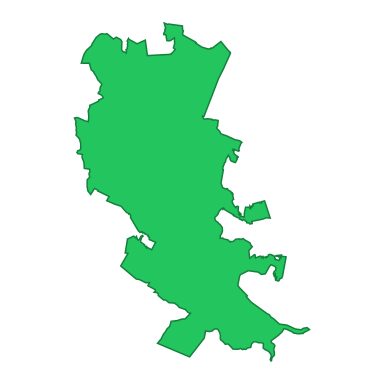 the district of Ciucurova, Tulcea, Romania
{"feature_id": "2599482B74184137454330", "entity_name": "Ciucurova", "entity_type": "district", "adm_level": 2, "iso_a3": "ROU", "parent_name": "Romania", "parent_adm1": "Tulcea", "projection": "natural_earth1", "projection_center": [28.471, 44.915], "detail": "fine", "context": "isolated", "style": "filled", "palette": "green", "viewbox_px": 384, "rotation_deg": 0, "n_neighbors": 0, "source": "geoboundaries", "source_scale": "gbopen_adm2", "svg_char_len": 5987}
<svg xmlns="http://www.w3.org/2000/svg" viewBox="0 0 384 384"><path d="M91.2,69.8L93.8,71.9L93.9,72.8L96.3,76.4L97.8,79.8L101.7,84.0L101.5,85.4L100.6,86.2L100.0,88.7L100.1,90.8L98.6,92.2L98.2,93.5L101.5,95.1L102.9,96.8L103.1,98.0L98.6,100.1L98.7,101.2L89.7,105.4L89.9,106.9L88.2,110.8L88.8,116.7L88.3,121.6L85.3,121.0L78.1,117.8L76.6,117.5L74.5,118.0L76.0,121.5L75.7,124.0L76.4,128.0L76.1,130.2L76.6,132.8L76.0,135.0L79.4,138.9L80.7,143.5L80.7,148.7L79.8,150.1L77.7,150.8L76.9,152.5L77.8,153.7L82.4,154.4L82.0,157.5L83.9,162.0L84.3,168.4L89.6,169.2L89.8,171.8L89.0,173.5L89.6,177.3L87.2,179.7L87.1,186.6L87.9,190.9L90.7,194.5L94.6,188.4L98.1,190.4L97.8,191.0L109.1,196.5L106.7,200.7L114.8,204.2L121.0,206.2L126.7,212.6L128.4,213.2L129.0,214.3L129.6,213.9L130.7,215.5L130.5,217.6L138.3,230.8L140.1,232.5L141.9,231.6L142.3,232.0L141.9,232.3L142.8,233.0L143.6,232.6L144.4,233.1L144.4,233.7L146.6,234.5L148.4,235.8L148.1,236.6L149.4,237.6L149.2,239.5L155.6,242.3L151.7,249.7L147.3,247.5L146.6,246.4L146.2,246.8L146.3,247.6L144.3,245.3L144.6,244.8L140.8,242.1L140.6,240.6L141.4,238.6L141.2,237.9L143.1,236.1L142.3,235.4L141.1,236.2L139.4,239.2L138.4,240.2L137.4,239.3L136.5,236.5L135.7,237.8L133.7,236.1L127.5,239.0L125.2,253.0L128.0,253.3L120.7,266.0L136.2,279.0L139.5,279.6L145.7,282.7L149.5,282.7L147.9,285.7L155.1,289.6L155.6,290.7L154.1,292.2L157.3,292.8L158.4,294.3L158.2,295.5L163.7,300.1L165.6,299.9L168.9,302.7L174.4,303.1L177.5,305.3L179.2,307.4L185.5,309.6L188.1,312.6L190.5,313.3L185.1,318.9L181.7,319.1L177.2,320.6L171.1,321.3L169.8,326.2L166.9,329.0L165.7,331.4L163.5,334.1L161.3,338.7L157.5,343.3L189.6,356.9L204.2,338.2L205.6,330.9L209.3,331.6L212.1,331.0L214.5,329.0L216.5,328.9L218.0,329.5L219.8,332.8L220.4,335.6L220.3,338.8L220.6,339.8L223.2,341.8L225.3,344.3L227.7,343.9L229.2,344.9L233.0,349.1L238.7,349.2L240.5,348.4L242.5,349.6L244.0,349.2L246.0,349.4L247.4,348.0L250.7,347.4L251.7,343.7L253.6,341.9L256.3,341.8L258.7,342.8L262.0,342.8L263.2,343.6L263.4,344.6L263.1,348.0L265.0,349.6L268.5,351.3L270.8,354.0L271.3,356.2L270.2,359.8L271.1,361.0L271.5,360.8L271.7,358.8L272.5,357.0L273.9,355.9L274.4,354.9L274.3,351.9L273.7,349.3L274.9,345.5L273.6,343.9L271.7,342.8L270.9,341.0L278.7,335.1L282.4,331.5L283.8,328.7L286.7,329.3L292.2,331.9L293.5,333.0L297.8,333.8L303.0,333.5L303.8,332.6L309.5,329.6L307.1,327.6L303.3,328.3L301.1,329.8L295.3,329.0L286.9,325.1L279.4,324.1L274.0,319.1L270.9,317.0L269.3,314.7L267.3,313.8L251.1,302.1L246.3,296.7L247.3,295.8L239.4,287.6L237.8,285.3L239.6,276.3L240.3,274.7L248.2,270.7L258.3,272.1L261.2,274.4L265.3,273.9L269.3,266.7L270.9,264.7L274.9,266.4L275.9,267.7L275.7,270.2L274.1,271.6L273.4,273.3L273.9,273.7L273.6,274.3L274.2,276.1L275.2,274.5L275.1,277.0L275.7,275.6L275.3,278.5L275.6,280.2L276.0,280.3L276.7,276.0L276.2,280.3L278.1,281.0L279.0,280.7L280.0,278.6L281.7,278.1L282.5,276.3L286.1,256.9L281.3,256.1L281.5,255.0L276.0,255.6L276.0,256.1L279.1,256.5L279.0,256.9L280.3,256.8L281.0,257.4L281.0,258.1L280.3,258.0L279.6,258.6L279.6,260.0L279.1,260.4L275.0,259.3L275.2,258.4L274.3,256.8L274.8,256.3L271.1,254.6L269.8,254.4L268.4,254.9L268.0,256.3L266.3,257.7L266.3,256.7L264.9,257.2L263.8,257.0L263.4,257.9L262.9,256.6L262.3,257.6L262.4,256.9L262.0,256.9L261.6,257.7L261.0,256.3L260.3,256.1L255.4,257.9L255.1,254.9L254.5,254.6L249.7,258.2L248.8,250.7L252.3,246.7L251.1,245.5L249.9,242.8L244.1,239.5L243.4,238.6L240.0,239.5L239.7,238.9L235.8,239.2L233.4,241.2L232.0,241.7L230.8,241.4L230.2,242.0L227.6,239.7L224.2,239.1L222.6,238.0L220.3,238.3L220.2,236.0L221.6,233.7L222.5,230.9L222.2,227.4L220.0,224.3L218.9,223.8L218.0,222.4L216.1,221.2L214.8,219.1L214.9,217.5L217.7,214.6L219.4,210.9L221.6,208.7L222.3,208.7L222.9,209.5L223.5,208.8L224.1,209.1L223.1,208.1L223.7,208.0L224.9,209.8L234.1,215.2L233.6,215.6L237.8,217.7L239.8,218.0L239.5,219.0L242.6,220.5L243.1,219.6L245.0,220.2L245.1,220.8L246.5,221.5L246.8,222.8L248.8,223.0L249.8,224.0L252.2,223.6L252.2,222.9L251.6,222.7L251.9,221.3L262.5,219.2L266.3,217.8L270.2,218.1L264.6,200.9L261.5,201.7L261.5,203.0L259.8,202.9L259.7,202.1L252.9,204.0L253.0,205.5L252.6,205.5L252.4,206.9L252.1,206.1L251.5,206.1L251.6,207.5L251.0,207.5L250.0,206.3L250.4,208.6L249.7,208.4L249.4,207.2L245.6,207.2L244.3,213.4L244.2,217.0L240.3,216.1L239.5,215.4L238.2,213.1L240.7,215.7L241.1,214.1L238.1,211.2L238.4,206.7L237.7,206.2L236.2,206.7L235.8,207.7L235.5,207.5L233.5,204.9L232.1,201.7L232.4,200.1L233.6,199.5L232.5,194.3L233.0,194.1L232.2,192.8L231.5,193.1L230.8,191.4L228.6,190.4L227.4,188.7L226.9,188.5L226.2,189.2L222.7,187.7L221.0,183.1L223.3,170.2L223.3,169.5L222.7,169.2L222.9,167.4L224.6,162.9L225.5,161.9L225.9,159.3L228.4,155.3L230.1,158.3L230.1,159.4L230.9,160.8L234.4,162.4L235.5,162.5L237.3,158.9L236.7,157.8L238.1,157.3L238.2,156.8L234.8,154.5L233.8,152.8L233.6,151.5L234.0,151.0L232.5,150.0L233.3,149.1L238.6,151.3L238.8,150.4L239.2,150.4L238.8,149.2L239.2,147.8L240.8,143.7L241.9,142.3L239.6,140.7L234.9,139.7L226.8,135.9L221.0,133.9L219.7,131.3L216.6,128.2L216.7,127.4L217.5,126.7L218.2,120.5L215.1,119.9L212.5,120.0L212.1,119.9L212.1,119.3L207.5,118.7L204.9,119.2L203.7,118.6L202.5,116.7L202.5,116.1L204.0,116.3L218.7,78.2L223.1,69.6L229.5,55.4L230.4,53.2L229.9,52.9L230.2,52.3L228.0,50.2L220.9,41.5L212.0,48.4L211.1,47.9L210.1,48.8L208.2,49.0L201.8,47.1L195.8,43.2L196.2,42.6L194.6,41.5L182.7,34.9L182.7,33.1L183.4,30.8L182.7,30.4L182.4,25.9L168.4,24.0L167.6,24.4L164.2,23.0L165.6,28.2L164.8,29.5L165.0,31.0L163.6,33.7L163.8,34.6L165.9,34.7L166.8,40.5L168.0,40.9L170.5,40.6L174.4,37.9L174.6,43.9L173.4,47.9L175.3,49.3L172.4,52.8L171.1,53.6L171.1,54.3L147.4,55.6L145.3,40.1L137.1,43.8L128.8,39.2L128.5,38.5L127.1,41.1L127.9,42.6L127.3,44.3L127.7,45.6L127.2,47.3L127.3,48.8L126.0,49.6L126.6,51.9L126.0,53.1L125.0,52.1L123.3,51.8L121.6,50.0L121.9,41.6L120.7,39.6L116.4,37.2L113.4,39.0L106.9,33.6L105.1,34.2L101.9,33.7L99.9,34.3L96.1,37.6L92.3,43.5L91.5,45.7L86.5,50.3L84.4,53.6L83.2,56.7L81.3,63.2L89.4,63.3L91.2,69.8Z" fill="#22c55e" stroke="#15803d" stroke-width="1.5"/></svg>